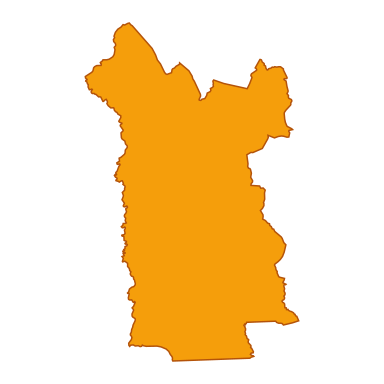 Morrumbala, Zambezia, Mozambique (orthographic projection)
{"feature_id": "85939544B61462515035200", "entity_name": "Morrumbala", "entity_type": "district", "adm_level": 2, "iso_a3": "MOZ", "parent_name": "Mozambique", "parent_adm1": "Zambezia", "projection": "orthographic", "projection_center": [35.601, -17.005], "detail": "fine", "context": "isolated", "style": "filled", "palette": "amber", "viewbox_px": 384, "rotation_deg": 0, "n_neighbors": 0, "source": "geoboundaries", "source_scale": "gbopen_adm2", "svg_char_len": 5965}
<svg xmlns="http://www.w3.org/2000/svg" viewBox="0 0 384 384"><path d="M291.8,100.4L291.3,99.5L288.8,98.3L288.3,97.0L288.5,95.5L287.0,93.7L288.0,91.7L288.1,90.9L286.9,86.2L286.2,81.8L286.0,81.0L284.4,80.0L283.9,79.2L284.5,78.6L286.6,78.6L287.1,78.0L287.0,77.4L283.4,70.0L283.4,68.9L280.6,66.8L279.0,66.7L276.6,67.1L274.7,66.7L273.7,67.3L272.2,67.1L271.0,68.1L268.7,68.7L268.0,69.7L267.2,70.0L266.0,68.4L265.5,66.0L264.1,65.1L264.3,64.5L264.1,63.5L262.2,62.0L261.4,59.9L260.5,59.5L259.9,59.5L255.2,67.9L256.2,68.6L256.7,69.7L256.6,70.3L251.5,73.8L251.1,74.6L250.9,75.7L251.9,77.2L251.9,77.8L249.6,83.8L247.2,88.7L223.8,83.5L213.7,80.0L212.9,81.1L213.4,83.7L213.1,84.4L213.4,86.4L212.2,87.6L210.4,88.5L210.9,90.3L210.2,91.6L207.2,93.1L206.7,95.4L204.8,98.6L202.0,99.2L200.8,100.4L199.3,100.2L199.1,99.4L200.6,96.1L200.4,94.3L194.3,81.2L192.8,78.9L192.1,76.1L188.9,70.8L179.6,62.9L179.5,64.3L176.0,66.3L174.5,68.0L172.7,68.8L172.1,69.5L171.5,72.7L167.0,74.4L165.8,73.9L164.5,72.3L160.5,64.0L157.4,60.0L155.6,55.0L152.1,48.4L132.3,25.8L130.8,24.8L129.3,23.0L127.7,23.4L124.7,25.0L123.1,24.6L121.0,27.1L117.8,29.2L115.4,32.3L114.0,36.2L114.6,37.7L113.4,39.5L113.7,41.6L115.3,43.4L115.7,45.0L115.5,45.9L114.2,47.3L115.0,49.7L114.2,54.4L112.8,56.8L109.2,59.2L106.6,59.8L103.0,59.8L102.2,61.1L100.3,62.5L100.7,63.5L101.3,63.9L101.1,65.4L96.6,65.6L94.6,66.7L93.6,67.9L93.0,70.8L91.8,72.3L85.3,76.5L85.5,78.0L87.1,79.4L86.9,80.0L85.9,80.4L85.7,81.1L87.0,82.1L87.4,83.8L88.2,84.5L88.1,87.0L89.3,89.7L89.9,89.8L91.6,89.1L92.3,89.4L91.1,91.9L91.6,93.0L92.3,93.5L94.3,93.5L95.0,94.3L96.0,94.4L98.6,96.9L100.1,96.8L100.8,97.1L102.9,101.4L103.5,101.4L105.3,99.7L106.2,99.3L107.1,100.8L107.5,102.2L106.9,103.6L108.2,105.7L110.8,107.9L113.6,107.8L114.0,108.4L114.3,110.1L115.5,111.7L117.0,112.4L117.9,114.1L120.8,115.8L120.8,117.6L118.8,121.2L119.4,122.1L121.9,123.2L121.8,123.8L120.5,124.7L120.2,125.8L123.2,130.1L122.9,131.0L121.0,132.9L121.4,137.7L122.2,139.1L124.9,141.1L125.5,143.9L127.2,145.8L127.3,147.4L125.3,150.1L125.1,152.9L124.5,154.2L121.1,157.2L119.1,158.2L119.5,161.1L116.8,162.9L117.2,164.2L117.9,164.4L119.6,163.9L120.0,164.3L120.0,164.9L118.8,166.5L117.1,171.2L115.9,172.4L115.8,173.1L116.6,174.3L116.5,174.8L115.8,175.1L115.1,174.6L114.4,175.4L115.5,177.2L116.7,177.8L117.1,178.6L116.9,179.2L115.9,180.2L116.0,180.7L118.3,181.4L119.3,182.1L121.5,180.8L122.3,180.8L123.4,183.3L122.9,184.3L124.9,186.0L125.1,187.0L124.6,188.3L124.6,190.1L122.3,192.5L123.4,195.4L123.2,196.7L122.0,199.7L124.4,203.2L123.3,205.7L123.5,206.5L124.6,206.9L126.7,206.0L127.2,206.3L127.5,207.1L127.2,207.7L125.9,208.5L125.8,209.4L126.5,211.7L125.7,213.5L124.7,214.5L124.3,215.9L124.6,216.9L125.7,218.1L125.2,220.7L126.3,222.9L125.3,223.4L123.2,223.5L122.8,225.3L121.3,226.7L122.3,227.8L123.2,227.8L124.7,227.0L125.3,227.6L125.3,228.4L124.4,230.1L125.1,233.3L124.3,234.5L121.9,235.1L121.8,235.6L122.3,236.2L123.4,236.1L123.9,236.6L124.1,240.4L126.4,241.4L126.4,242.1L125.0,243.4L125.1,243.8L125.4,244.1L126.8,244.1L127.3,244.6L126.9,245.7L125.0,246.6L125.0,248.7L123.8,249.5L124.4,250.5L122.8,251.2L123.0,252.0L124.9,252.5L125.2,252.9L125.1,253.2L123.2,253.6L124.2,255.7L122.0,256.5L123.3,258.4L122.4,261.4L122.7,261.9L124.8,261.2L127.6,263.3L127.6,266.5L129.3,268.5L129.7,270.5L130.9,271.9L130.3,273.4L130.4,274.5L131.5,276.1L132.9,276.6L133.5,277.3L133.6,279.0L134.4,279.9L135.3,283.5L135.2,284.8L133.8,286.6L131.8,287.2L129.5,289.0L128.6,291.9L127.5,293.0L127.7,293.4L128.8,293.4L129.2,293.9L128.3,297.8L128.6,299.4L129.7,300.0L131.7,299.9L133.2,302.3L133.6,302.4L134.6,301.6L135.2,302.3L133.6,306.2L132.1,307.9L133.4,309.5L133.6,310.3L132.0,314.0L132.1,316.1L132.8,317.1L135.0,318.5L135.3,319.2L135.1,320.8L133.1,325.0L132.6,327.4L131.7,329.4L131.3,332.2L130.4,333.9L130.4,335.0L131.4,336.2L131.9,337.6L131.4,339.5L128.7,343.2L128.9,345.4L129.7,346.4L130.6,345.2L133.2,344.9L135.2,346.0L138.3,345.7L140.1,346.6L141.6,346.3L142.3,345.1L143.7,345.8L146.2,346.3L157.0,346.1L161.1,346.9L166.1,349.0L168.8,351.4L170.3,354.5L172.0,356.6L172.5,358.1L172.3,359.8L172.8,361.0L249.9,358.2L251.2,357.2L253.8,356.4L253.3,355.8L251.9,355.5L250.4,354.4L251.2,353.1L253.2,352.8L253.4,351.7L251.6,348.2L250.6,347.6L251.0,346.1L250.8,345.4L248.3,342.7L248.2,341.1L248.7,340.0L248.6,339.5L247.1,338.6L246.4,335.9L245.2,334.7L245.5,333.3L244.9,331.7L245.5,330.3L245.6,328.8L244.8,326.9L244.9,326.3L244.2,325.9L243.9,325.3L244.8,324.0L245.5,324.5L245.7,323.7L246.3,323.4L246.7,322.3L275.7,321.2L276.6,322.4L278.6,323.2L280.7,323.2L282.3,323.6L283.4,325.0L292.6,322.8L298.7,320.8L296.8,316.3L295.6,315.8L295.0,314.3L294.4,314.2L293.5,312.8L291.5,311.6L290.3,311.3L288.4,310.3L288.0,309.4L286.5,309.6L286.3,307.9L284.9,307.7L284.6,304.0L283.6,302.7L282.7,302.4L282.0,301.3L282.3,300.5L283.9,299.6L284.5,298.6L284.5,297.4L283.9,296.1L284.8,295.0L285.1,294.0L285.0,293.0L284.0,291.0L284.6,288.8L283.9,286.4L283.9,285.2L284.5,284.6L285.6,284.7L286.0,284.3L283.1,282.9L282.9,282.4L284.2,279.9L284.5,278.4L279.6,277.2L278.7,276.6L277.1,272.9L277.2,271.5L275.9,269.5L275.7,267.6L274.5,265.1L274.8,264.2L278.0,261.7L280.3,259.5L282.5,256.5L284.2,252.1L285.9,244.8L283.8,242.6L282.2,238.4L281.2,236.9L274.7,231.4L273.7,229.1L272.3,228.9L271.3,226.6L269.8,225.5L269.5,223.7L267.6,223.1L265.5,220.6L262.7,219.1L263.1,216.7L263.0,214.8L260.4,210.5L262.4,208.5L263.9,205.7L263.9,203.6L263.5,202.7L264.7,199.2L264.5,192.9L265.2,190.1L263.2,188.0L260.7,188.2L259.6,186.0L251.0,185.4L251.1,183.8L252.5,182.0L252.6,180.7L250.7,177.3L251.4,173.2L250.5,169.5L249.9,168.6L248.5,168.2L247.7,166.6L248.0,163.8L246.8,154.8L250.9,152.4L252.8,152.6L262.3,148.5L267.6,139.1L268.3,137.3L268.0,135.3L274.5,137.9L278.2,136.5L281.3,136.0L283.5,136.2L287.0,137.2L288.8,137.0L289.7,132.9L288.8,131.5L288.9,130.5L292.6,129.6L291.7,128.7L287.4,126.5L286.8,125.8L285.4,122.4L284.7,119.1L284.2,113.5L284.4,112.4L285.9,110.2L290.4,105.3L290.8,104.7L290.8,102.7L291.7,101.5L291.8,100.4Z" fill="#f59e0b" stroke="#b45309" stroke-width="1.5"/></svg>